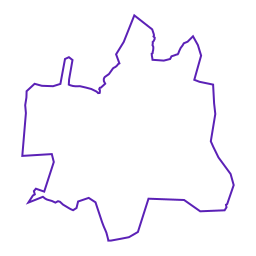 Tureta, Sokoto, Nigeria
{"feature_id": "59680162B25728635468586", "entity_name": "Tureta", "entity_type": "district", "adm_level": 2, "iso_a3": "NGA", "parent_name": "Nigeria", "parent_adm1": "Sokoto", "projection": "orthographic", "projection_center": [5.499, 12.518], "detail": "fine", "context": "isolated", "style": "outline", "palette": "violet", "viewbox_px": 256, "rotation_deg": 0, "n_neighbors": 0, "source": "geoboundaries", "source_scale": "gbopen_adm2", "svg_char_len": 1686}
<svg xmlns="http://www.w3.org/2000/svg" viewBox="0 0 256 256"><path d="M193.0,36.3L187.6,41.7L183.8,43.3L182.6,45.4L180.7,47.9L179.3,50.8L178.3,53.4L177.7,54.3L176.4,54.6L174.0,55.5L171.5,56.3L170.1,59.0L163.8,60.6L152.5,59.8L152.3,58.1L151.8,55.3L151.7,53.7L152.3,53.5L152.7,53.0L152.7,51.8L153.1,50.4L153.3,48.4L153.3,47.9L153.3,47.1L153.2,46.6L152.9,45.9L152.5,45.2L152.6,44.6L152.8,43.1L152.7,42.0L153.6,41.1L154.6,39.1L154.7,37.6L153.5,36.5L154.0,35.2L153.7,33.9L152.2,29.4L134.3,15.4L123.7,42.0L116.1,54.3L119.4,63.4L118.1,64.1L117.0,65.6L115.5,66.9L113.4,68.0L112.9,68.5L109.0,74.0L104.8,77.0L104.3,77.7L103.8,79.0L103.8,79.8L103.9,81.2L105.2,83.7L100.9,87.6L99.8,87.8L99.6,88.3L99.2,89.1L99.7,89.6L99.9,90.2L99.8,91.2L99.9,91.9L99.6,93.0L98.1,93.1L97.5,92.4L96.2,91.4L91.3,89.0L86.0,87.6L80.0,86.2L75.7,86.3L73.0,86.0L70.4,85.3L68.8,84.6L69.1,79.4L72.5,60.0L68.9,57.2L65.0,59.0L60.4,83.9L53.1,86.2L41.9,85.8L34.6,83.8L26.6,91.2L26.5,95.1L26.4,97.6L25.2,105.2L25.9,113.1L22.3,155.9L51.8,154.1L53.8,162.0L44.2,191.6L35.9,188.7L33.9,191.1L34.8,194.4L32.9,195.5L28.3,202.6L35.2,199.9L42.9,196.8L45.3,198.7L47.1,199.6L52.0,201.0L55.4,202.6L58.0,201.2L60.0,201.8L63.0,204.6L69.5,208.5L71.2,209.4L73.1,210.2L76.5,208.0L78.1,201.5L88.7,197.9L95.5,202.3L102.0,221.9L103.5,225.9L104.0,227.1L105.2,229.8L106.4,232.7L107.4,236.5L108.2,239.7L108.3,240.6L110.9,240.6L121.2,238.7L128.9,237.2L137.9,232.0L148.5,198.7L184.1,200.0L200.2,211.3L224.6,210.3L226.5,207.3L226.0,204.8L227.2,204.0L233.7,185.1L230.6,174.0L218.5,157.5L213.3,146.9L210.8,141.3L215.3,114.0L214.1,103.3L213.1,84.6L199.5,81.8L194.3,79.8L201.1,55.6L197.9,45.1L193.0,36.3Z" fill="none" stroke="#5b21b6" stroke-width="2"/></svg>